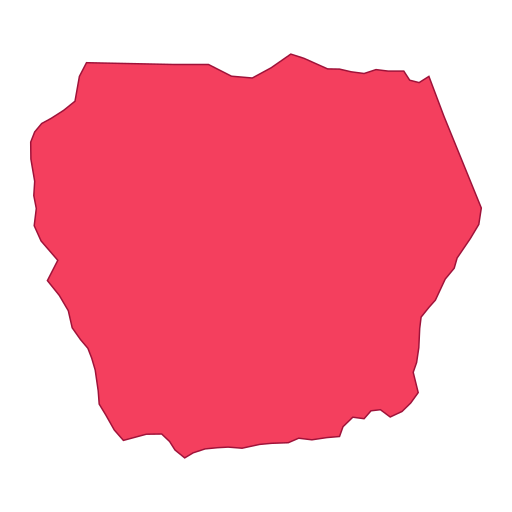 Canoas, Rio Grande do Sul, Brazil (Mercator projection)
{"feature_id": "56859067B11854924468229", "entity_name": "Canoas", "entity_type": "district", "adm_level": 2, "iso_a3": "BRA", "parent_name": "Brazil", "parent_adm1": "Rio Grande do Sul", "projection": "mercator", "projection_center": [-51.18, -29.916], "detail": "fine", "context": "isolated", "style": "filled", "palette": "rose", "viewbox_px": 512, "rotation_deg": 0, "n_neighbors": 0, "source": "geoboundaries", "source_scale": "gbopen_adm2", "svg_char_len": 1119}
<svg xmlns="http://www.w3.org/2000/svg" viewBox="0 0 512 512"><path d="M428.9,76.4L419.1,82.6L409.7,80.2L403.8,71.1L388.3,71.1L376.0,69.6L364.1,73.5L351.2,71.8L339.5,69.1L327.6,68.9L303.9,58.3L290.8,54.1L271.1,67.8L252.3,78.0L231.5,76.2L208.5,64.5L174.0,64.5L86.5,62.7L79.4,76.4L75.0,101.2L63.7,110.3L51.4,118.2L41.7,123.5L34.7,131.9L30.7,142.1L30.9,159.1L34.7,181.3L33.8,195.6L36.3,208.5L34.2,225.7L41.1,241.0L57.8,260.3L47.4,280.6L59.3,295.4L68.3,310.7L72.2,327.8L80.6,339.7L87.9,348.3L91.7,358.1L95.2,370.0L98.2,390.8L99.2,404.1L105.7,414.8L114.3,430.0L123.4,440.4L146.4,434.2L161.7,434.0L169.6,441.5L175.0,450.0L184.7,457.9L193.2,452.8L205.1,448.9L217.4,447.7L228.1,447.1L242.1,448.2L259.7,444.4L271.6,443.3L288.3,442.7L298.7,438.2L311.9,439.8L326.7,437.6L339.5,436.5L343.0,426.7L352.8,417.2L364.1,418.7L371.0,410.8L380.4,409.7L390.2,417.0L402.1,411.4L410.7,403.0L418.2,392.6L413.2,372.3L416.6,362.5L418.8,347.7L419.7,328.4L421.1,317.1L428.9,307.4L435.4,300.1L445.2,279.1L454.2,268.2L457.1,258.0L470.3,238.6L478.8,224.4L481.3,208.0L443.9,116.2L428.9,76.4Z" fill="#f43f5e" stroke="#9f1239" stroke-width="1.5"/></svg>